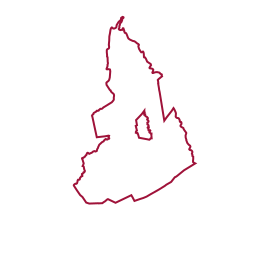 the district of Zvishavane, Midlands, Zimbabwe, rotated 218°
{"feature_id": "62879985B59782036697495", "entity_name": "Zvishavane", "entity_type": "district", "adm_level": 2, "iso_a3": "ZWE", "parent_name": "Zimbabwe", "parent_adm1": "Midlands", "projection": "robinson", "projection_center": [30.159, -20.28], "detail": "fine", "context": "isolated", "style": "outline", "palette": "rose", "viewbox_px": 256, "rotation_deg": 218, "n_neighbors": 0, "source": "geoboundaries", "source_scale": "gbopen_adm2", "svg_char_len": 5900}
<svg xmlns="http://www.w3.org/2000/svg" viewBox="0 0 256 256"><g transform="rotate(218 128 128)"><path d="M135.7,65.4L135.5,64.3L136.0,63.5L136.0,63.4L135.8,63.1L134.6,62.3L134.4,62.0L135.1,60.9L135.0,60.0L135.1,59.4L134.9,58.7L134.4,57.9L134.4,57.6L134.6,57.3L134.9,56.9L135.5,56.5L135.5,56.3L135.4,55.6L134.9,54.9L134.2,53.2L134.2,52.8L134.4,52.2L134.5,52.1L135.1,51.8L135.5,50.8L135.6,49.8L135.3,49.3L129.8,47.4L124.4,45.7L121.4,45.6L115.0,43.5L112.0,44.6L105.1,50.4L104.9,50.4L101.9,53.0L101.6,54.4L101.0,55.9L100.4,58.9L100.0,59.6L91.8,61.4L84.0,77.1L81.3,76.0L78.0,74.5L74.7,79.6L72.9,82.2L71.1,85.4L69.5,89.5L65.8,98.4L63.3,105.2L62.9,106.9L60.9,111.8L60.8,112.2L60.8,118.0L60.2,119.1L59.8,120.4L57.8,129.2L53.2,141.5L54.2,141.3L55.7,141.2L56.4,141.9L57.5,143.7L59.0,145.6L59.9,145.6L60.1,145.6L60.5,146.2L61.0,146.8L61.8,147.0L62.0,147.4L62.3,148.4L62.9,149.1L63.5,149.3L64.4,149.4L64.6,149.3L65.6,148.8L66.1,148.8L66.6,148.9L66.9,149.6L66.9,150.4L67.1,151.1L67.4,151.8L68.0,152.2L68.8,152.3L69.7,152.2L72.0,152.7L74.6,154.3L74.8,154.7L76.6,155.9L78.0,157.5L78.9,159.8L79.2,160.1L80.6,160.5L82.7,161.1L83.6,161.5L84.3,162.0L84.9,162.0L86.5,161.7L87.3,161.7L87.9,161.9L88.2,162.4L88.3,163.9L88.7,164.6L89.2,165.1L89.7,165.4L90.1,165.3L90.3,164.9L90.7,164.9L91.1,165.0L91.8,165.7L92.6,166.3L93.9,166.8L94.3,166.8L95.6,166.1L96.3,166.0L97.2,166.2L97.4,166.3L99.2,169.0L99.7,169.4L100.3,169.8L102.6,171.0L103.7,171.5L104.4,171.7L104.1,168.5L104.1,159.9L103.9,156.1L125.2,175.8L126.9,177.2L128.2,178.5L129.4,179.6L131.5,181.5L131.4,181.6L131.6,181.9L132.4,182.7L133.4,183.7L133.6,183.8L134.1,184.2L134.0,185.4L133.0,189.7L133.8,190.1L134.1,190.8L134.4,191.0L135.7,190.7L136.4,190.7L137.0,191.0L137.3,191.0L139.6,189.9L141.0,188.5L142.0,186.9L142.5,186.5L143.0,186.8L143.4,188.4L144.0,189.5L144.5,189.7L145.8,189.5L147.5,188.5L148.1,188.6L148.4,189.9L148.5,191.7L149.6,192.4L151.7,192.2L153.8,192.1L156.5,193.6L158.0,194.1L158.7,193.6L159.1,193.7L160.7,195.6L161.9,196.8L162.6,197.3L163.3,197.4L163.4,197.1L163.5,196.6L163.8,196.1L164.2,195.8L165.9,196.3L168.1,197.2L170.1,198.7L170.4,199.3L170.5,200.1L170.8,200.4L171.6,200.5L172.7,200.3L175.2,200.4L176.3,200.3L178.0,199.5L181.1,198.8L182.9,198.8L184.4,199.6L185.8,200.5L187.5,201.4L188.2,201.5L188.9,201.1L189.3,201.1L190.1,201.7L190.5,201.8L190.8,202.3L191.0,202.4L192.3,203.3L193.0,203.7L193.4,203.5L193.4,203.2L193.1,202.7L192.9,202.1L193.0,201.7L193.6,201.4L194.1,200.6L194.7,200.3L195.5,200.1L195.9,200.2L196.3,200.4L196.4,201.2L196.5,201.7L197.6,203.0L197.8,204.1L198.5,205.3L198.6,206.3L198.4,207.0L198.5,207.8L199.0,209.4L199.7,210.1L199.9,210.4L199.8,210.9L199.4,211.4L199.4,211.9L199.6,212.4L199.8,212.5L200.3,212.4L200.7,212.2L201.2,210.6L200.5,209.3L200.4,209.2L200.3,208.6L200.3,207.6L200.6,206.7L200.7,205.5L200.5,203.8L200.3,202.1L199.3,200.4L199.3,199.5L199.5,198.9L200.0,198.0L200.9,197.3L202.6,197.3L202.8,196.7L202.7,195.8L202.2,194.5L200.5,191.5L199.1,188.7L196.6,185.3L194.3,181.7L194.0,181.6L193.7,181.1L193.0,180.5L192.4,179.7L192.1,178.9L192.8,177.3L192.7,176.4L191.4,174.7L189.3,172.5L188.6,171.5L188.1,171.2L187.7,171.2L184.6,167.5L183.8,166.9L183.4,166.2L183.0,165.0L182.6,164.7L182.2,164.1L181.3,161.3L180.9,161.2L180.5,161.4L179.7,162.3L178.5,162.9L178.2,163.0L176.9,161.8L173.4,156.5L172.9,155.3L172.5,154.4L172.4,152.9L172.8,151.5L172.9,150.4L172.5,149.8L172.3,149.7L171.5,148.8L166.6,147.1L165.8,146.8L164.7,146.9L164.2,146.4L163.1,146.1L160.4,146.0L159.7,145.7L158.8,144.8L158.0,143.3L156.7,141.7L156.6,141.4L156.5,140.5L156.6,138.3L160.1,128.9L160.2,127.8L160.4,127.1L160.6,126.8L161.6,126.1L161.7,125.8L161.7,125.3L162.0,124.4L161.8,123.8L162.0,123.4L162.5,122.8L163.1,122.6L163.2,122.4L163.3,122.1L163.2,121.5L163.3,121.0L164.2,118.9L164.2,118.2L163.8,117.6L164.0,117.0L164.1,116.2L163.9,115.5L163.7,115.5L157.8,110.6L157.6,110.4L146.9,101.5L140.9,107.4L138.6,110.0L138.1,110.2L137.9,109.7L137.9,108.9L137.5,108.5L136.7,108.5L136.4,108.3L136.3,108.1L136.3,107.9L136.9,107.2L137.1,106.3L137.3,106.1L137.9,105.7L138.7,105.7L138.9,105.4L138.9,104.6L139.1,104.3L139.2,103.3L139.1,103.1L139.0,102.5L139.7,101.0L140.3,97.4L140.3,96.7L140.1,96.2L140.0,95.7L139.8,94.7L139.4,93.9L139.3,92.6L138.8,91.3L138.5,90.8L138.5,90.5L139.2,89.4L139.5,89.3L139.8,89.3L140.3,89.1L140.6,88.6L141.1,87.7L141.2,86.8L141.4,86.0L142.2,84.9L142.3,84.3L142.4,84.0L142.7,83.8L143.1,83.7L144.2,83.8L144.5,83.7L144.8,83.0L144.7,82.5L144.2,81.3L144.2,81.0L144.4,80.7L144.5,80.1L144.2,79.2L144.6,78.3L144.6,78.0L144.8,77.0L145.4,76.5L145.6,75.9L145.3,75.5L144.2,75.0L142.3,73.6L141.9,73.4L141.1,72.8L141.0,72.5L140.6,71.4L140.5,70.6L140.3,70.1L139.8,70.4L139.0,70.2L138.4,69.7L138.1,69.3L137.7,69.1L137.0,68.4L135.5,67.6L135.2,66.4L135.2,66.0L135.6,65.4L135.7,65.4ZM106.2,130.8L113.3,127.1L116.3,129.3L116.6,129.4L117.1,129.4L117.1,129.7L117.3,129.8L117.4,129.6L117.6,129.6L117.8,129.8L118.0,129.7L118.9,129.1L119.4,129.8L119.5,130.1L119.6,130.6L119.5,131.1L119.4,131.5L123.2,134.4L122.6,135.7L126.5,139.2L125.9,145.3L125.7,147.6L125.8,151.7L125.2,150.9L124.5,150.7L124.3,149.9L124.3,149.4L123.4,148.5L123.2,148.7L123.3,149.3L122.9,149.4L122.2,148.4L121.8,148.2L120.8,148.2L120.0,148.4L118.5,148.1L118.2,147.7L118.3,146.8L118.2,146.5L118.0,146.4L117.7,146.6L117.3,146.5L116.9,146.3L116.3,146.2L115.8,145.7L115.7,145.4L115.8,144.7L116.1,144.3L116.1,144.1L115.9,143.9L115.2,143.4L115.1,142.9L114.9,142.8L114.6,142.9L114.1,142.9L113.5,142.7L113.0,142.3L113.0,141.9L112.9,141.8L112.3,141.6L111.9,141.2L112.0,141.0L112.4,140.9L112.8,140.7L112.8,140.4L112.7,140.3L111.7,140.3L111.3,139.7L110.7,139.0L110.5,138.9L110.4,139.0L110.2,139.3L109.5,139.6L109.0,139.5L108.9,139.7L108.7,139.6L108.8,138.1L108.6,137.8L108.4,137.7L108.0,137.7L107.7,137.9L106.7,137.6L106.1,138.1L105.6,137.5L105.5,137.1L103.0,134.4L103.8,133.7L103.8,133.4L103.8,132.9L103.9,132.0L104.1,131.8L104.8,131.5L106.2,130.8Z" fill="none" stroke="#9f1239" stroke-width="2"/></g></svg>